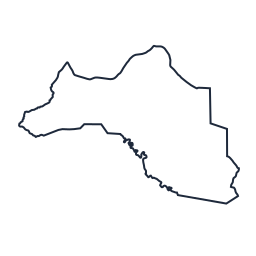 the district of Nueva Arcadia, Copán, Honduras, rotated 267°
{"feature_id": "27666195B2783617949739", "entity_name": "Nueva Arcadia", "entity_type": "district", "adm_level": 2, "iso_a3": "HND", "parent_name": "Honduras", "parent_adm1": "Copán", "projection": "mercator", "projection_center": [-88.713, 15.107], "detail": "fine", "context": "isolated", "style": "outline", "palette": "slate", "viewbox_px": 256, "rotation_deg": 267, "n_neighbors": 0, "source": "geoboundaries", "source_scale": "gbopen_adm2", "svg_char_len": 5747}
<svg xmlns="http://www.w3.org/2000/svg" viewBox="0 0 256 256"><g transform="rotate(267 128 128)"><path d="M124.8,43.5L129.7,58.4L130.3,62.5L129.7,69.2L129.7,74.1L130.2,80.3L134.1,84.5L133.1,101.5L123.9,107.3L122.4,120.1L122.0,120.2L121.7,120.4L121.1,121.3L120.0,122.4L119.6,122.7L118.9,122.9L117.9,123.5L117.6,124.0L117.8,124.4L117.8,124.5L117.6,124.7L117.4,124.9L117.2,124.9L116.8,124.9L116.0,124.5L115.8,124.3L115.1,123.5L114.8,123.3L114.3,123.2L114.1,123.3L114.0,123.5L113.9,123.8L114.2,124.2L114.4,124.4L115.0,124.7L115.5,125.0L116.2,126.7L116.5,127.6L116.6,128.0L116.5,128.7L116.3,129.2L116.1,129.3L115.8,129.3L114.6,128.9L114.0,128.9L113.9,128.8L113.2,128.0L113.0,127.8L112.7,127.8L112.3,128.0L111.0,128.5L110.8,128.7L110.6,129.1L110.6,129.5L110.7,129.8L110.8,129.9L112.5,129.9L112.8,130.1L113.0,130.3L113.0,130.9L112.8,131.5L112.4,131.7L111.8,131.8L110.8,131.8L110.5,131.7L110.3,131.6L110.0,131.1L109.4,129.9L109.1,129.5L108.6,129.5L108.0,129.7L107.9,129.9L107.6,131.4L107.4,131.6L107.3,131.9L106.7,132.2L105.6,132.8L104.8,133.1L104.2,133.2L104.0,133.4L104.1,133.7L104.4,134.0L105.1,134.3L105.5,134.5L105.3,135.5L105.2,135.9L105.0,136.1L104.7,136.3L104.4,136.2L103.4,135.2L102.8,134.8L101.9,134.6L101.2,134.7L101.0,134.8L100.8,135.0L100.6,135.4L100.4,136.3L100.0,136.9L99.1,137.7L98.3,138.2L97.9,138.5L97.7,138.8L97.7,139.1L97.8,139.4L98.1,139.6L98.6,139.8L100.9,139.9L102.7,141.2L103.0,141.6L103.2,142.0L103.1,142.5L102.8,142.8L102.7,142.9L101.6,142.7L100.7,142.5L100.5,142.8L100.1,143.3L100.0,144.2L99.7,144.5L99.0,144.9L98.2,145.0L97.7,144.9L97.4,144.6L96.9,142.8L96.6,142.0L96.1,141.6L95.6,141.4L94.5,141.4L92.9,141.5L89.9,142.0L87.3,142.2L86.3,142.5L85.8,142.8L85.1,143.3L84.5,143.6L84.2,143.7L83.2,143.7L82.3,143.6L81.9,143.6L81.8,143.3L81.5,143.1L81.3,143.1L81.0,143.2L80.7,143.4L79.1,144.8L78.2,145.4L77.8,145.7L77.8,145.9L77.9,146.2L79.2,147.8L79.2,148.0L79.2,148.3L77.1,149.5L76.9,149.7L76.7,150.2L77.0,150.8L76.9,151.5L76.7,151.9L76.1,152.9L75.8,153.9L73.3,156.6L72.5,158.0L72.0,158.4L71.7,158.4L71.1,158.2L70.4,157.7L69.7,157.3L69.4,157.2L69.2,157.1L68.8,157.3L67.2,158.5L67.1,159.0L67.2,159.6L67.5,159.9L67.8,160.1L68.1,160.3L68.4,161.0L68.5,161.7L68.2,162.3L67.7,163.0L67.1,163.5L66.4,163.9L65.8,164.2L65.1,164.3L64.7,164.4L64.0,164.9L63.7,165.2L63.7,165.4L63.7,165.6L63.8,165.8L64.3,165.9L64.5,165.9L65.3,165.3L65.6,165.2L66.1,165.2L66.5,165.4L66.7,165.7L66.7,166.2L66.5,166.7L66.1,167.5L66.0,168.2L65.8,168.3L65.5,168.3L65.3,168.1L64.8,167.6L64.2,167.3L63.8,167.3L63.4,167.6L62.9,168.1L62.5,168.8L61.9,170.3L61.1,172.2L61.0,173.5L58.4,174.3L47.4,222.2L54.3,234.3L55.1,234.1L55.6,233.9L56.4,233.4L57.2,232.8L57.9,232.4L59.2,232.0L60.6,231.8L61.3,231.6L62.6,230.9L62.9,230.6L63.0,230.3L63.6,228.1L63.8,227.7L65.8,228.1L66.7,228.7L67.7,229.4L68.4,229.8L70.8,230.2L72.0,230.6L72.4,230.8L72.7,231.2L73.6,232.5L74.2,233.1L75.0,233.4L77.5,234.1L77.9,234.4L78.9,235.7L79.3,236.0L80.6,236.5L81.9,236.6L82.0,236.6L82.3,235.7L82.5,235.4L82.8,235.2L83.3,234.9L84.1,234.6L85.1,234.0L88.2,231.6L89.3,231.0L90.3,230.3L92.6,228.5L93.5,227.6L94.0,227.0L94.3,226.3L94.6,225.5L121.9,226.8L128.3,210.7L163.4,211.9L164.0,206.3L164.4,202.1L164.5,200.8L164.4,199.8L164.3,199.6L164.1,199.1L164.0,198.9L164.2,198.4L164.8,197.3L166.0,195.4L167.5,193.1L168.5,191.9L170.9,188.9L175.2,184.1L175.7,183.6L176.6,183.0L177.3,182.4L177.8,181.9L178.2,181.2L178.5,180.9L183.6,177.2L184.7,176.2L187.0,173.9L187.4,173.7L187.9,173.5L188.6,173.4L193.7,173.9L198.5,173.0L199.9,172.3L203.1,170.3L205.3,168.9L206.0,168.2L206.5,167.6L207.0,166.8L207.4,166.1L207.7,165.1L207.8,164.4L208.0,160.4L208.6,158.5L208.6,158.1L208.0,157.3L206.4,155.9L205.0,154.3L204.4,153.4L203.7,151.9L202.7,150.5L202.2,149.6L201.7,147.9L201.2,146.0L200.7,139.6L200.3,138.3L199.7,137.0L198.7,135.6L197.2,133.8L196.7,133.3L195.3,132.3L194.2,131.3L193.2,130.3L188.2,126.5L184.9,124.4L183.4,123.2L183.1,122.9L182.5,121.8L181.7,120.8L179.9,119.1L178.9,117.8L178.5,117.2L178.2,116.5L178.0,115.9L177.8,115.0L177.7,113.1L177.9,111.6L179.6,102.7L180.0,100.2L180.1,98.9L180.1,98.0L179.9,97.0L179.3,95.2L178.7,93.4L178.6,92.8L178.6,92.1L178.9,91.0L179.3,89.6L180.5,86.4L182.2,81.5L183.4,78.3L183.6,77.8L183.9,77.4L184.4,77.0L185.1,76.6L186.0,76.2L187.7,75.7L188.7,75.2L189.5,74.8L190.4,74.2L191.7,73.5L196.0,71.5L196.4,71.3L196.6,71.0L196.7,70.7L196.1,70.0L192.6,67.1L191.6,66.4L190.4,65.5L189.5,64.6L187.4,61.9L184.9,61.1L183.2,60.7L182.0,60.2L179.6,58.5L175.2,54.2L174.3,54.3L173.4,54.1L173.1,53.9L172.5,52.9L170.9,53.1L169.7,53.4L169.0,53.8L168.3,54.3L167.9,54.9L167.6,55.3L167.1,55.5L166.7,55.5L166.2,55.3L165.7,54.8L165.2,54.5L164.9,54.4L164.3,54.5L163.5,54.5L162.8,54.4L162.3,53.9L161.8,53.3L161.0,52.6L160.7,52.2L159.8,51.8L159.6,51.1L158.9,51.2L158.1,51.0L157.9,50.9L157.6,50.6L157.1,49.6L156.4,47.9L156.0,46.7L154.1,43.7L154.0,43.1L153.9,42.3L153.9,41.6L153.1,40.8L153.3,39.7L153.3,39.3L152.9,38.6L152.4,38.4L152.3,38.2L152.2,38.0L152.2,37.6L152.0,36.9L151.7,36.3L151.2,35.6L150.9,32.7L150.4,31.9L149.9,30.9L149.5,30.1L149.3,29.4L149.3,28.8L149.5,28.3L149.7,27.9L149.7,27.7L149.5,27.2L149.5,26.5L149.4,26.1L149.2,26.0L146.7,25.0L145.8,24.9L145.1,25.0L144.0,24.2L143.4,24.3L142.8,24.3L142.7,24.2L142.7,23.9L141.9,23.4L141.3,23.1L140.6,23.1L140.4,23.1L140.2,22.9L139.3,21.1L139.1,21.0L138.7,20.8L138.5,20.6L138.2,20.2L138.1,19.8L136.5,19.4L136.2,19.4L135.9,19.5L135.5,19.8L135.3,20.0L135.1,20.4L135.0,20.9L135.0,22.2L134.8,22.7L134.0,23.9L132.2,25.2L131.9,25.5L131.3,26.5L130.7,28.3L130.3,28.6L129.8,28.9L129.5,29.0L128.7,29.2L128.3,29.4L128.0,29.6L127.7,30.1L126.9,31.9L125.6,32.9L125.1,34.3L124.6,34.9L124.1,35.2L123.9,35.5L124.1,36.0L124.7,37.1L124.6,38.3L124.6,38.5L124.8,38.9L125.5,40.1L125.7,40.8L125.7,41.5L125.2,42.7L124.8,43.5Z" fill="none" stroke="#1e293b" stroke-width="2"/></g></svg>